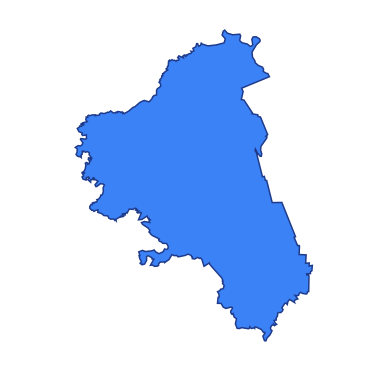 outline of Tempoal, Veracruz, Mexico, rotated 83°
{"feature_id": "50627088B37050079543362", "entity_name": "Tempoal", "entity_type": "district", "adm_level": 2, "iso_a3": "MEX", "parent_name": "Mexico", "parent_adm1": "Veracruz", "projection": "robinson", "projection_center": [-98.337, 21.55], "detail": "fine", "context": "isolated", "style": "filled", "palette": "blue", "viewbox_px": 384, "rotation_deg": 83, "n_neighbors": 0, "source": "geoboundaries", "source_scale": "gbopen_adm2", "svg_char_len": 6044}
<svg xmlns="http://www.w3.org/2000/svg" viewBox="0 0 384 384"><g transform="rotate(83 192 192)"><path d="M133.5,302.4L135.2,300.7L138.5,301.2L140.6,302.5L142.3,301.5L143.2,299.9L143.1,298.8L144.3,297.7L141.9,297.6L141.3,296.5L140.4,296.6L139.4,295.6L138.3,296.0L138.2,294.4L139.5,293.1L139.2,290.8L140.7,289.1L142.4,289.6L146.3,287.3L148.2,288.6L145.7,289.0L145.5,290.5L147.1,291.0L148.1,290.2L150.1,290.1L151.6,290.8L151.8,292.2L150.5,292.1L149.8,293.3L150.5,294.4L152.5,294.1L156.4,295.3L158.5,296.9L159.2,298.8L159.9,298.7L159.4,297.1L160.0,296.4L161.2,298.2L162.9,297.7L163.6,299.3L165.8,298.7L167.3,295.7L166.8,295.2L165.0,295.4L164.4,292.9L165.8,292.1L166.8,294.1L169.9,291.4L167.7,291.0L167.3,289.9L167.8,288.2L166.2,288.8L165.8,287.7L167.5,287.1L169.8,284.0L173.0,287.4L174.9,286.8L175.0,285.9L172.6,281.8L173.4,278.9L174.4,278.2L177.0,279.7L180.6,279.9L183.3,281.1L184.1,281.9L184.0,283.0L185.6,283.5L187.7,285.6L188.0,287.3L188.7,286.9L190.3,287.9L190.2,289.5L191.1,290.3L190.4,291.1L190.7,292.2L192.3,292.5L192.0,293.6L193.7,295.1L195.6,295.5L197.9,293.8L197.9,292.7L199.3,291.7L198.5,289.8L198.4,287.5L200.7,288.0L202.5,284.2L204.6,282.4L205.5,278.4L207.9,277.7L209.0,276.1L209.3,273.0L210.7,272.1L210.2,271.6L211.3,270.8L209.8,270.8L207.9,266.4L208.3,265.8L207.2,265.3L208.1,264.0L207.7,262.8L205.5,263.9L205.1,263.1L205.3,262.2L206.5,262.9L206.6,261.0L205.2,260.9L204.5,259.4L205.0,259.0L201.3,256.4L202.1,252.5L201.1,250.7L202.1,250.1L202.4,249.5L201.9,249.3L202.9,248.5L203.5,249.7L204.4,247.4L205.4,249.1L206.1,248.6L206.3,246.5L205.8,246.1L206.7,244.9L213.1,248.5L213.1,245.1L210.4,239.5L212.9,238.8L213.0,237.8L214.2,238.2L214.5,236.9L215.8,238.1L217.1,237.7L215.5,242.8L216.2,245.9L218.1,245.0L222.5,239.9L224.8,238.5L226.5,239.6L227.2,238.6L228.3,238.5L230.4,236.6L234.1,230.9L234.8,230.2L235.3,230.9L236.8,230.4L237.9,228.4L239.3,227.3L240.0,223.7L240.6,223.2L243.4,222.2L245.5,223.0L245.9,224.4L245.2,226.2L247.7,227.8L249.2,232.3L246.8,235.6L244.9,236.6L245.5,239.0L245.4,245.5L243.9,248.3L244.9,252.1L248.7,251.5L248.7,252.3L252.2,251.9L254.9,250.7L256.4,252.2L257.5,251.2L257.5,250.3L258.1,250.3L257.8,247.9L254.4,245.4L250.8,245.0L250.1,244.3L250.1,242.9L252.4,239.8L253.6,239.9L254.0,238.1L259.7,242.2L259.7,240.2L261.2,238.3L261.4,235.6L260.8,234.1L259.4,234.0L257.7,232.2L258.1,227.7L258.7,227.7L256.3,223.1L251.7,219.5L253.0,217.5L253.2,214.7L254.3,214.2L254.7,213.1L254.1,206.5L253.2,203.5L254.8,200.6L256.3,200.2L256.4,199.6L258.2,199.8L258.8,197.4L257.6,194.6L258.9,192.4L258.6,191.5L260.2,190.4L267.2,189.1L264.5,183.3L265.6,183.3L268.1,181.8L280.8,173.0L283.4,172.2L284.1,172.8L285.1,172.0L286.5,172.9L288.5,171.5L291.2,172.4L292.1,173.7L291.8,175.1L293.4,176.7L294.0,178.8L296.7,177.7L299.0,177.8L299.7,178.0L299.7,178.9L305.6,180.3L306.1,176.7L310.1,175.0L311.7,172.6L311.0,167.3L311.5,166.2L312.3,166.0L315.0,168.1L316.3,168.2L318.0,167.6L317.8,166.4L318.3,166.8L319.3,165.5L321.0,165.6L323.2,163.3L328.2,165.0L332.8,163.8L333.3,161.7L332.7,159.2L334.6,152.7L334.4,151.9L332.8,151.0L333.9,150.7L334.7,149.5L334.4,146.7L334.9,146.4L333.7,146.1L333.8,145.0L336.8,140.0L340.2,138.1L340.2,136.8L341.3,136.9L343.7,139.2L347.7,138.4L348.6,137.9L348.7,136.7L346.2,135.5L343.4,132.1L340.1,129.8L339.2,129.5L338.6,130.4L336.5,130.8L334.0,129.0L334.0,127.6L333.0,127.3L334.7,126.4L333.6,124.1L332.5,125.3L329.5,126.2L329.3,123.9L327.4,123.8L325.5,122.3L322.6,121.6L322.2,120.9L322.5,118.6L321.2,116.8L319.9,116.0L317.8,116.8L313.8,113.4L313.8,112.1L315.3,111.2L312.3,110.1L310.6,108.2L314.2,103.7L313.3,103.9L311.7,103.0L311.0,100.0L307.2,102.3L307.8,100.4L307.5,98.8L305.7,97.8L304.8,96.3L306.1,94.8L307.2,91.0L306.9,90.3L305.0,89.5L305.0,88.3L289.5,86.1L288.5,86.6L288.3,88.2L287.2,88.2L287.5,84.4L285.7,84.2L284.8,82.6L279.5,81.5L279.7,84.8L276.7,84.3L276.6,87.9L268.3,86.4L267.1,93.3L258.7,91.9L258.0,92.3L258.2,93.7L249.4,96.2L249.0,94.7L213.3,104.1L212.3,113.7L189.6,116.5L189.4,117.8L185.3,118.3L185.5,120.2L160.7,123.3L158.4,124.4L157.0,123.8L161.5,122.2L164.9,119.9L165.0,118.9L162.7,118.1L158.7,118.8L155.1,118.0L147.5,111.2L146.4,110.9L145.7,112.0L144.3,109.9L125.9,114.9L125.1,117.2L123.4,117.3L121.5,123.5L121.3,122.2L107.1,129.2L106.3,131.8L98.5,129.0L95.0,130.1L87.0,101.1L83.6,102.4L83.6,103.3L81.0,106.6L78.9,106.0L76.7,106.8L74.5,110.7L71.4,113.5L69.5,113.6L65.5,115.5L60.5,115.4L53.7,110.1L51.0,106.3L49.7,105.9L48.1,106.4L45.8,109.3L45.5,112.4L47.7,114.0L53.3,113.7L54.5,115.4L54.4,116.7L51.9,119.0L50.0,124.0L48.2,125.8L47.0,126.1L43.0,124.7L41.2,125.3L40.9,132.5L38.6,137.6L35.3,139.8L36.2,141.4L40.0,143.0L44.0,140.3L47.9,142.0L49.0,150.2L48.9,158.4L46.4,163.8L45.4,164.7L47.4,165.6L48.2,167.5L45.4,168.4L45.3,169.3L48.4,170.6L49.5,173.6L52.2,172.9L52.6,174.4L52.2,175.9L53.4,175.4L54.3,176.2L54.6,178.8L55.5,179.9L55.2,180.8L56.7,181.5L56.4,182.2L55.1,182.6L55.4,183.8L56.3,184.7L57.7,184.3L55.3,188.4L56.9,189.9L58.1,188.7L59.5,189.1L59.4,190.9L60.3,191.9L59.2,193.0L59.0,194.7L58.2,195.8L59.3,197.8L58.4,198.2L59.2,199.3L64.2,200.3L64.3,201.0L66.1,201.6L66.6,202.7L67.3,202.5L67.9,201.3L70.1,205.3L70.8,205.5L71.0,206.8L73.1,206.8L73.0,207.8L75.3,208.5L76.2,209.9L77.0,210.4L77.6,209.9L79.1,211.4L80.5,210.1L83.3,210.2L85.4,213.9L86.9,214.8L91.4,215.4L91.6,217.9L92.7,219.4L94.7,220.5L97.3,223.6L95.3,228.3L95.5,229.2L96.7,232.8L100.5,238.4L100.7,240.0L104.0,245.0L105.9,249.6L105.8,251.7L105.2,250.2L103.9,251.7L104.5,252.9L103.6,253.7L103.1,256.1L104.2,256.8L103.4,257.6L104.2,258.7L103.7,260.7L101.6,262.8L102.8,264.9L102.5,266.1L103.3,268.5L103.4,270.0L102.5,272.6L103.2,274.1L104.2,274.3L104.5,278.7L103.7,278.4L103.3,281.5L103.8,283.9L103.2,285.2L103.6,286.1L105.3,286.4L104.6,287.8L107.4,288.6L109.4,287.4L109.9,291.5L111.0,291.3L110.2,292.2L110.9,293.9L111.6,294.0L111.8,292.0L112.4,292.0L112.2,292.6L113.4,293.9L112.9,295.5L113.8,295.7L114.9,298.1L118.3,296.9L120.1,293.8L121.5,294.4L122.6,293.6L122.5,289.9L126.0,290.2L126.6,291.1L125.4,295.8L126.1,296.3L129.9,294.3L131.6,295.3L132.7,297.0L132.1,299.3L133.5,302.4Z" fill="#3b82f6" stroke="#1e3a8a" stroke-width="1.5"/></g></svg>